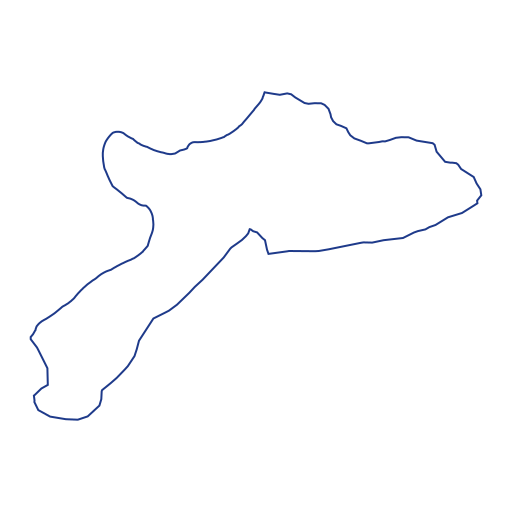 Zarqa, Dumyat, Egypt (Equal Earth projection)
{"feature_id": "37247803B96389835129643", "entity_name": "Zarqa", "entity_type": "district", "adm_level": 2, "iso_a3": "EGY", "parent_name": "Egypt", "parent_adm1": "Dumyat", "projection": "equal_earth", "projection_center": [31.647, 31.209], "detail": "fine", "context": "isolated", "style": "outline", "palette": "blue", "viewbox_px": 512, "rotation_deg": 0, "n_neighbors": 0, "source": "geoboundaries", "source_scale": "gbopen_adm2", "svg_char_len": 6018}
<svg xmlns="http://www.w3.org/2000/svg" viewBox="0 0 512 512"><path d="M65.8,419.2L77.8,419.7L87.7,416.4L99.4,405.6L101.3,399.2L101.7,391.2L102.1,390.1L110.5,383.3L116.7,377.9L124.9,369.4L127.8,366.2L134.5,356.1L136.7,349.4L139.0,340.7L153.4,318.5L164.8,312.8L168.9,310.7L177.0,304.7L189.3,292.8L194.8,286.9L202.6,279.7L223.7,257.5L230.2,248.7L231.5,247.4L236.8,243.7L241.9,240.0L245.9,236.2L248.2,233.4L249.7,229.2L250.7,229.4L253.1,231.2L257.1,232.4L262.3,238.0L265.0,240.2L267.0,249.6L268.5,253.9L287.4,251.3L289.0,251.0L313.3,251.2L315.2,251.2L318.8,251.0L328.7,249.3L360.9,242.8L363.4,242.4L372.2,242.6L383.6,240.2L403.0,238.0L414.0,232.5L417.9,231.1L425.4,229.4L429.4,227.1L435.5,225.0L448.0,217.3L462.0,213.0L473.8,205.6L477.4,203.3L477.1,200.6L481.3,195.3L480.4,189.3L476.6,183.5L473.7,177.0L461.1,169.0L458.2,164.7L456.3,163.2L452.5,162.7L450.5,162.7L445.1,161.8L436.6,151.7L434.6,144.8L432.7,143.2L416.6,140.6L408.6,137.3L401.2,137.2L395.9,137.8L389.8,140.0L385.1,141.4L382.4,141.3L379.0,142.0L369.0,143.3L366.9,143.3L360.9,140.8L354.3,138.4L350.3,135.3L348.3,132.2L346.4,128.3L341.0,125.9L336.4,124.3L333.1,121.1L331.1,117.3L330.5,114.2L328.5,108.8L324.6,104.9L321.2,103.3L314.5,103.2L308.5,103.8L304.5,103.0L295.2,97.4L291.2,94.3L287.2,93.4L279.8,94.8L273.8,93.9L266.1,92.6L264.6,92.3L264.3,93.1L264.0,94.0L263.7,94.9L263.4,95.8L263.0,96.6L262.7,97.5L262.5,98.4L262.0,99.3L261.1,100.8L260.6,101.6L259.9,102.6L258.7,104.1L254.7,108.7L254.0,109.9L251.7,112.6L249.2,115.6L246.6,118.7L243.9,121.8L242.0,124.2L240.8,125.2L239.0,126.4L238.2,127.5L237.2,128.3L236.3,129.1L235.3,129.8L234.3,130.6L233.3,131.3L232.3,132.0L231.2,132.7L230.2,133.4L229.2,134.0L228.1,134.6L226.9,135.0L224.9,136.3L223.9,137.1L222.7,137.4L221.8,137.8L220.3,138.3L219.0,138.7L217.8,139.1L216.5,139.5L215.2,139.8L213.9,140.1L212.6,140.4L211.4,140.7L210.1,141.0L208.8,141.2L207.5,141.4L206.2,141.6L204.9,141.7L203.5,141.9L202.2,142.0L200.9,142.1L199.6,142.1L198.3,142.2L197.0,142.2L195.4,142.1L194.5,142.1L193.7,142.2L192.9,142.3L192.1,142.6L191.4,142.9L190.7,143.4L190.0,143.8L189.3,144.4L188.8,145.1L188.3,145.8L187.8,146.6L187.4,147.4L187.2,148.2L186.6,148.6L185.8,148.9L185.0,149.2L184.2,149.5L183.4,149.7L182.6,149.9L181.7,150.1L180.9,150.3L180.0,150.5L178.1,151.7L176.1,152.9L175.3,153.4L174.6,153.6L174.0,153.7L173.3,153.8L172.7,153.9L172.1,154.0L171.4,154.1L170.8,154.1L170.1,154.1L169.5,154.1L168.8,154.0L168.2,153.9L167.5,153.9L166.9,153.7L166.3,153.6L165.6,153.4L165.0,153.2L164.4,153.0L163.7,152.8L163.0,152.6L161.9,152.4L160.8,152.2L159.8,151.9L158.7,151.6L157.6,151.3L156.6,151.0L155.5,150.6L154.5,150.3L153.4,149.9L152.4,149.4L151.4,149.0L150.3,148.5L149.3,148.0L148.3,147.5L147.2,146.9L145.5,146.5L144.8,146.2L144.0,146.0L143.2,145.7L142.5,145.4L141.8,145.1L141.0,144.7L140.3,144.4L139.6,143.7L138.9,143.4L137.4,142.8L136.8,142.2L136.1,141.7L135.5,141.2L134.8,140.6L134.2,140.1L133.6,139.5L133.0,138.9L132.2,138.6L131.4,138.3L130.7,137.9L129.9,137.5L129.2,137.1L128.4,136.7L127.7,136.3L127.0,135.8L126.2,135.3L125.6,134.8L124.9,134.3L124.2,133.7L123.2,133.0L122.2,132.6L121.1,132.2L120.1,132.0L119.0,131.8L117.9,131.8L116.8,131.8L115.7,131.9L114.6,132.2L113.5,132.5L112.7,132.9L111.5,134.0L110.7,134.8L110.1,135.5L109.5,136.2L108.9,136.9L108.4,137.6L107.8,138.3L107.3,139.1L106.8,139.8L106.3,140.6L105.8,141.4L105.4,142.3L105.1,143.0L104.8,143.8L104.4,144.9L103.9,146.5L103.5,148.0L103.2,149.6L103.0,151.3L102.8,152.9L102.8,154.5L102.8,156.1L102.9,157.3L103.0,158.6L103.1,159.9L103.2,161.1L103.4,162.4L103.6,163.7L103.8,164.9L104.0,166.2L104.2,167.4L104.7,169.1L105.3,170.2L106.4,172.7L107.1,174.4L107.7,175.9L108.4,177.4L109.0,178.8L109.7,180.3L110.4,181.7L111.1,183.1L111.8,184.5L112.6,186.1L113.9,187.2L115.5,188.4L117.1,189.6L118.7,190.9L120.2,192.1L121.8,193.4L123.3,194.7L124.8,196.0L126.3,197.3L127.1,197.9L127.8,198.0L128.4,198.2L129.1,198.3L129.7,198.5L130.3,198.6L131.2,199.0L132.4,199.5L133.6,200.1L134.7,200.8L135.8,201.6L136.9,202.5L137.8,203.3L138.7,203.9L139.6,204.4L140.5,204.8L141.4,205.2L142.4,205.4L143.4,205.6L144.1,205.6L144.9,205.6L146.0,205.7L146.9,206.4L147.8,207.3L148.6,208.1L149.4,209.1L150.1,210.1L150.7,211.2L151.2,212.3L151.7,213.4L152.1,214.6L152.5,215.9L152.7,217.1L152.9,218.4L152.9,219.5L153.1,220.4L153.2,221.5L153.3,223.0L153.4,224.5L153.3,226.0L153.2,227.5L153.0,229.0L152.7,230.5L152.4,231.5L152.1,232.5L151.6,233.9L151.1,235.2L150.6,236.5L150.1,237.8L149.7,239.1L149.3,240.4L148.9,241.7L148.5,243.1L148.1,244.4L147.8,245.7L147.1,246.6L146.4,247.4L145.7,248.2L145.0,249.0L144.3,249.8L143.5,250.6L142.9,251.6L142.1,252.2L141.3,252.9L140.6,253.5L139.7,254.2L138.0,255.5L137.1,256.1L135.4,257.3L133.7,258.4L132.7,258.7L131.8,259.2L130.9,259.7L128.8,260.5L128.0,260.8L126.4,261.5L124.9,262.2L123.3,263.0L121.7,263.7L120.2,264.5L118.7,265.3L117.1,266.1L115.6,267.0L114.1,267.8L110.9,269.8L109.6,270.2L108.8,270.5L107.9,270.8L107.1,271.1L106.3,271.4L105.5,271.8L104.9,272.1L103.9,272.6L103.2,273.0L102.4,273.5L101.6,273.9L100.9,274.4L100.2,274.9L99.4,275.5L98.7,276.0L98.0,276.6L97.3,277.2L96.4,278.0L95.2,278.9L94.1,279.6L92.9,280.3L91.8,281.1L90.8,281.9L89.7,282.7L88.6,283.5L87.5,284.3L86.5,285.2L85.5,286.1L84.5,287.0L83.4,287.9L82.5,288.9L81.5,289.8L80.5,290.8L79.6,291.8L78.8,292.6L77.7,293.8L76.8,294.9L75.9,295.9L74.2,298.1L73.3,299.0L72.5,299.7L71.8,300.3L71.1,301.0L70.3,301.6L69.5,302.2L68.8,302.8L68.0,303.4L67.2,303.9L66.3,304.4L65.5,305.0L64.7,305.4L63.8,305.9L62.7,306.5L61.9,307.1L60.8,308.1L59.6,309.1L58.3,310.2L57.3,311.0L56.1,312.0L55.0,312.9L53.8,313.8L52.6,314.6L51.3,315.5L50.1,316.3L48.9,317.1L47.6,317.9L46.4,318.7L44.9,319.5L43.6,320.2L43.0,320.6L42.4,320.9L41.8,321.3L41.2,321.7L40.7,322.2L40.1,322.6L39.3,323.3L38.3,324.3L37.4,325.4L36.6,326.4L36.2,327.5L35.7,328.9L35.5,330.1L34.9,330.9L34.2,332.2L33.5,333.4L33.0,334.3L32.4,335.0L31.9,335.6L31.4,336.2L30.7,337.0L30.7,339.2L37.0,347.5L38.2,349.8L47.4,368.2L47.8,384.9L41.4,388.5L34.7,395.0L33.9,395.6L34.5,400.4L34.4,402.1L38.3,410.1L50.1,416.6L65.8,419.2Z" fill="none" stroke="#1e3a8a" stroke-width="2"/></svg>